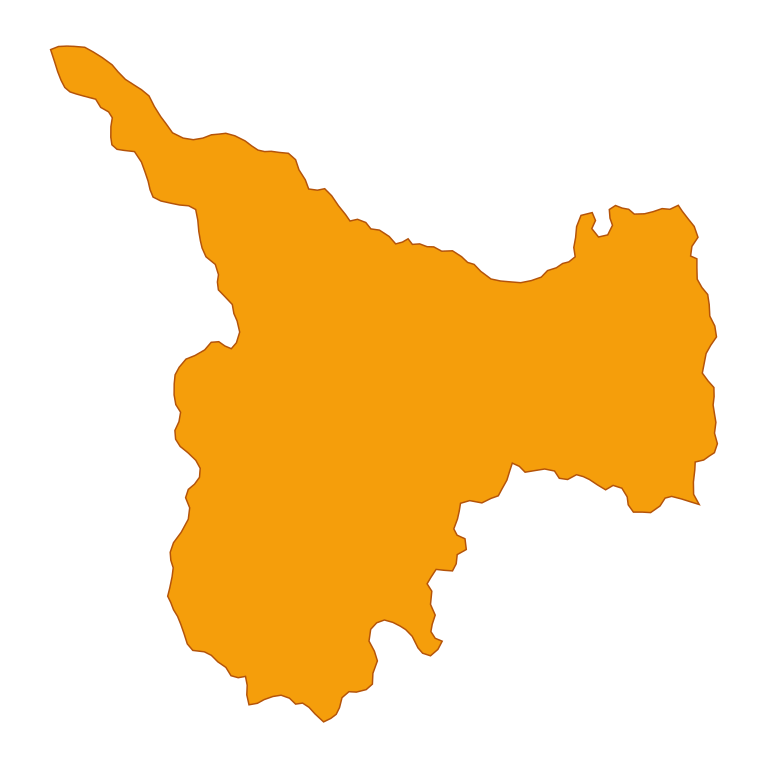 outline of Catuji, Minas Gerais, Brazil
{"feature_id": "56859067B64745138456461", "entity_name": "Catuji", "entity_type": "district", "adm_level": 2, "iso_a3": "BRA", "parent_name": "Brazil", "parent_adm1": "Minas Gerais", "projection": "natural_earth1", "projection_center": [-41.505, -17.366], "detail": "fine", "context": "isolated", "style": "filled", "palette": "amber", "viewbox_px": 768, "rotation_deg": 0, "n_neighbors": 0, "source": "geoboundaries", "source_scale": "gbopen_adm2", "svg_char_len": 3767}
<svg xmlns="http://www.w3.org/2000/svg" viewBox="0 0 768 768"><path d="M50.6,49.6L54.7,62.1L57.7,71.7L61.1,80.4L64.8,87.5L70.0,91.9L76.0,93.9L84.2,96.2L95.7,99.2L100.7,107.4L108.6,111.9L112.3,117.8L110.9,126.6L110.8,137.3L111.9,144.8L117.0,149.3L124.0,150.4L134.5,151.6L141.4,162.0L144.9,171.6L148.1,181.1L150.1,189.8L153.1,197.1L160.9,201.0L171.7,203.4L179.6,205.0L188.7,205.8L195.7,209.5L197.8,220.2L198.8,231.4L200.4,240.8L202.1,248.0L206.0,256.8L215.3,264.4L218.5,274.7L217.4,282.0L218.4,289.9L224.8,296.5L232.3,304.5L233.9,313.6L237.1,320.9L239.7,332.1L236.4,342.8L231.3,348.7L224.9,346.0L218.8,341.7L211.2,342.3L204.7,349.9L195.0,355.5L186.0,359.1L179.2,367.2L175.1,374.8L174.2,383.9L174.1,394.9L175.8,404.6L180.6,412.2L179.0,421.6L174.9,430.5L175.6,439.2L180.2,446.5L187.9,452.7L195.8,460.3L200.2,468.3L199.5,477.3L194.5,484.2L188.3,489.4L185.6,497.7L189.7,507.8L188.3,519.2L181.2,532.3L173.5,542.7L170.2,552.3L170.8,560.2L173.2,567.8L172.1,576.7L169.8,587.8L167.7,596.2L170.8,602.6L173.5,609.7L177.6,616.4L180.8,624.3L184.0,633.5L187.3,643.9L192.8,650.4L204.3,651.8L211.3,655.3L217.9,661.9L225.9,667.4L231.0,675.7L238.2,677.7L245.5,676.4L247.2,685.3L246.8,694.9L249.0,704.8L257.4,703.3L264.1,699.6L272.9,696.5L281.1,695.2L289.5,698.2L295.6,704.1L302.6,703.1L309.0,707.3L315.1,714.0L323.6,721.9L330.8,718.4L336.2,714.3L339.5,707.6L342.0,697.7L348.9,691.7L356.4,692.1L366.2,689.6L372.4,684.1L372.9,673.3L377.4,660.9L374.4,651.2L369.0,641.1L370.7,629.3L376.7,622.8L384.4,620.0L392.9,622.4L400.0,626.0L405.7,629.6L412.2,636.3L418.0,647.9L422.6,653.2L430.5,655.8L437.9,649.4L442.2,641.2L435.2,638.3L430.9,631.6L432.2,624.3L435.2,615.1L430.5,604.4L431.8,591.2L427.1,583.8L430.7,577.7L436.1,569.4L444.3,570.3L452.5,570.9L456.2,563.8L457.2,554.6L466.3,549.5L465.0,538.8L457.1,535.2L453.8,528.9L457.5,518.9L459.2,511.3L460.5,503.3L469.7,500.6L481.9,502.9L491.0,498.4L498.3,495.8L502.1,488.7L506.9,480.1L509.9,470.4L512.3,463.1L519.3,466.3L525.1,472.2L535.9,470.4L544.7,469.0L554.5,471.0L559.3,478.3L567.6,479.5L576.5,474.7L583.3,476.6L589.4,479.5L597.5,484.9L605.6,489.8L613.1,485.4L621.9,488.2L627.2,496.9L628.2,504.8L633.4,512.1L642.2,512.1L650.6,512.6L660.0,506.0L665.1,498.1L671.6,496.4L681.3,498.9L690.1,501.7L699.2,504.5L693.6,494.3L693.4,482.1L694.8,469.9L695.2,462.0L703.7,460.0L709.0,456.2L714.4,452.7L717.4,443.7L714.5,433.1L715.9,422.4L714.5,414.0L713.1,405.0L714.1,396.6L713.9,387.5L708.1,381.0L702.3,373.1L704.4,362.3L706.1,353.5L710.7,345.3L716.5,336.9L714.8,326.0L709.8,316.1L709.2,304.5L707.7,294.5L701.9,287.5L697.2,279.2L696.9,267.8L696.9,258.8L690.6,256.0L691.9,246.4L698.0,237.3L694.2,226.4L688.5,219.3L682.3,211.3L678.3,205.3L669.9,209.3L662.1,208.6L653.0,211.7L644.5,213.8L634.3,214.1L628.7,209.3L622.2,208.1L615.5,205.5L609.3,209.5L610.0,218.2L612.5,225.3L607.7,234.9L598.5,237.0L591.8,228.6L595.5,220.5L592.2,212.6L581.0,215.4L576.6,226.6L575.6,237.6L573.8,247.5L575.2,256.8L568.8,261.9L562.6,263.5L556.3,267.8L547.5,270.6L541.3,277.1L531.3,280.6L520.7,282.7L509.5,281.8L500.5,281.0L491.0,279.0L480.8,271.4L474.1,264.4L467.6,262.4L461.6,256.7L452.5,250.8L441.7,251.2L433.8,246.9L427.1,246.7L419.7,243.9L412.4,244.4L408.1,238.8L402.4,242.1L395.7,243.9L389.2,236.5L379.4,230.1L370.9,228.9L365.8,222.5L357.5,219.3L350.0,221.0L345.5,214.5L338.5,205.8L331.7,195.8L324.7,188.7L317.4,190.2L308.7,189.0L305.3,179.8L299.0,169.9L295.6,159.7L288.4,153.3L279.0,152.4L271.2,151.3L264.7,151.6L258.0,150.1L251.8,146.0L245.1,140.9L234.9,135.8L225.8,133.3L219.1,134.1L211.4,134.8L202.9,138.1L193.3,139.7L183.2,138.1L172.5,132.8L166.3,124.1L160.6,116.5L154.4,106.6L149.0,95.9L141.6,89.8L133.6,84.7L125.4,79.4L117.9,71.7L112.2,64.9L102.4,57.7L93.3,52.0L84.8,47.3L74.4,46.4L66.9,46.1L58.5,46.5L50.6,49.6Z" fill="#f59e0b" stroke="#b45309" stroke-width="1.5"/></svg>